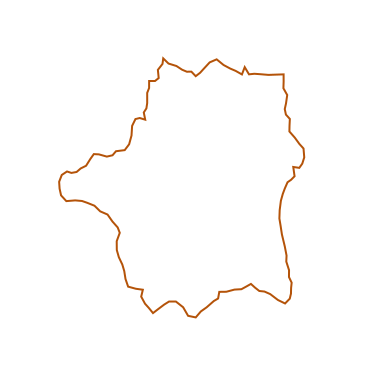 the district of Itapecerica da Serra, São Paulo, Brazil, rotated 161°
{"feature_id": "56859067B35127422475482", "entity_name": "Itapecerica da Serra", "entity_type": "district", "adm_level": 2, "iso_a3": "BRA", "parent_name": "Brazil", "parent_adm1": "São Paulo", "projection": "equal_earth", "projection_center": [-46.858, -23.736], "detail": "fine", "context": "isolated", "style": "outline", "palette": "amber", "viewbox_px": 384, "rotation_deg": 161, "n_neighbors": 0, "source": "geoboundaries", "source_scale": "gbopen_adm2", "svg_char_len": 1751}
<svg xmlns="http://www.w3.org/2000/svg" viewBox="0 0 384 384"><g transform="rotate(161 192 192)"><path d="M67.1,273.4L76.2,276.2L81.5,277.8L89.2,281.2L94.6,283.5L99.8,284.7L101.5,292.9L106.5,286.9L111.3,292.3L115.7,296.3L120.8,301.8L125.5,309.4L133.1,308.8L141.3,304.4L145.5,302.1L150.8,300.3L153.4,306.0L157.7,307.4L161.5,310.8L165.7,316.2L172.4,321.1L175.7,327.7L178.2,322.7L184.5,318.6L186.4,310.6L190.8,309.0L196.4,310.9L198.7,304.3L202.1,300.3L205.4,290.7L207.9,285.9L211.7,282.9L212.7,275.6L217.4,279.0L221.7,279.4L227.1,274.0L230.8,265.1L235.9,257.6L242.0,253.5L250.6,255.3L255.2,252.6L261.0,253.2L267.8,257.9L272.5,259.8L277.4,256.3L283.6,251.3L289.6,250.5L294.6,248.5L299.8,249.3L303.5,252.1L309.6,250.5L314.3,244.9L316.1,238.3L316.9,231.4L313.8,224.3L305.2,222.1L298.9,219.3L294.6,215.9L288.7,210.8L285.1,203.6L279.2,198.2L276.8,189.9L273.8,182.7L273.6,176.9L279.2,170.0L282.0,161.6L282.4,154.2L281.5,146.1L281.8,139.3L283.2,131.4L283.2,123.3L276.6,118.8L270.3,115.6L274.1,109.6L272.8,101.7L270.6,96.5L268.3,90.2L262.7,92.1L255.0,94.6L249.4,95.9L242.9,93.7L237.9,85.9L236.0,76.2L229.3,72.2L222.5,76.2L215.7,78.2L211.3,80.0L206.9,81.8L202.0,82.8L198.7,88.7L192.0,86.5L183.6,85.9L176.9,84.0L171.1,85.0L166.2,85.9L163.5,81.0L160.6,76.5L155.9,74.3L151.3,70.0L145.9,61.9L140.3,56.3L134.3,59.3L131.5,63.7L129.5,69.1L127.3,73.8L128.0,80.0L125.7,86.5L125.5,95.5L123.3,101.1L122.0,110.2L120.8,122.6L119.2,131.4L118.0,138.5L115.0,146.3L110.8,154.8L106.8,160.6L103.1,165.1L98.5,170.1L94.3,171.3L89.9,173.5L88.1,182.7L82.7,179.9L78.5,182.9L74.6,188.2L72.4,196.8L74.8,202.4L77.1,209.9L80.2,217.5L78.3,222.7L75.7,229.2L78.0,234.6L77.3,240.2L74.3,245.1L70.4,252.7L71.8,260.3L69.4,266.6L67.1,273.4Z" fill="none" stroke="#b45309" stroke-width="2"/></g></svg>